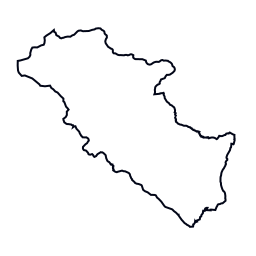 Beriu, Hunedoara, Romania (orthographic projection), rotated 176°
{"feature_id": "2599482B96575439888844", "entity_name": "Beriu", "entity_type": "district", "adm_level": 2, "iso_a3": "ROU", "parent_name": "Romania", "parent_adm1": "Hunedoara", "projection": "orthographic", "projection_center": [23.248, 45.738], "detail": "fine", "context": "isolated", "style": "outline", "palette": "ink", "viewbox_px": 256, "rotation_deg": 176, "n_neighbors": 0, "source": "geoboundaries", "source_scale": "gbopen_adm2", "svg_char_len": 5725}
<svg xmlns="http://www.w3.org/2000/svg" viewBox="0 0 256 256"><g transform="rotate(176 128 128)"><path d="M195.1,230.9L198.8,228.1L202.9,225.9L205.1,224.3L204.9,221.3L205.4,218.6L206.3,216.9L208.8,216.5L212.9,214.7L215.6,215.0L217.8,214.9L219.0,213.1L220.3,209.5L220.3,207.7L221.2,206.0L223.0,204.5L230.6,202.9L233.3,202.6L233.7,197.9L233.7,193.1L233.1,190.9L230.4,187.4L227.2,187.6L220.0,184.1L213.3,177.7L212.6,176.3L207.9,175.4L202.8,175.7L201.7,173.3L199.8,171.8L198.0,169.5L195.8,168.3L192.8,164.4L190.4,161.9L190.6,159.1L189.7,158.3L188.3,153.6L186.9,151.9L186.0,150.5L187.9,148.6L188.1,145.2L189.4,143.2L191.9,141.6L191.7,139.9L191.3,139.0L191.2,138.1L190.0,137.2L189.8,136.9L188.6,136.2L187.4,136.1L184.3,135.4L183.8,134.8L183.1,134.5L182.7,134.6L182.2,134.0L182.7,132.7L181.6,133.4L180.6,133.2L180.3,133.3L179.5,130.9L176.9,127.7L176.4,125.8L175.6,124.5L175.5,123.8L174.5,122.8L174.0,121.9L171.7,121.6L170.2,121.6L168.4,120.2L168.0,118.8L168.0,118.1L168.7,117.5L169.9,115.7L171.6,114.7L174.2,112.3L174.4,111.0L174.1,109.8L173.5,109.0L171.6,108.5L171.0,108.0L170.8,107.5L169.8,106.4L169.4,105.5L169.4,105.0L168.9,104.4L167.6,104.0L165.6,104.5L164.6,103.3L164.4,102.6L163.9,101.8L163.5,101.5L161.8,102.2L160.3,104.0L156.8,105.8L156.1,105.5L155.3,105.5L154.2,104.7L152.3,102.6L152.1,102.0L152.1,101.1L151.9,100.4L151.9,99.6L150.9,96.7L149.9,95.7L149.1,95.3L148.2,93.9L147.6,93.4L147.8,92.9L147.5,92.6L146.6,92.4L146.0,92.6L145.8,91.8L145.2,91.1L145.7,90.7L145.8,89.9L145.7,89.3L145.4,89.0L145.5,88.7L145.8,88.8L145.8,88.3L145.5,87.5L145.2,87.2L145.6,86.7L143.7,85.2L142.2,84.7L141.5,85.0L136.9,85.9L135.5,85.2L133.9,85.0L130.4,83.1L129.4,81.8L129.1,79.9L128.6,78.8L128.5,78.2L128.2,77.5L127.5,76.6L127.6,76.0L125.2,73.5L124.9,72.8L123.4,71.9L121.3,71.4L118.9,70.3L118.3,69.7L117.2,65.3L115.4,63.7L112.9,62.5L109.8,59.7L106.3,59.4L105.1,59.0L104.8,58.6L103.9,56.6L102.4,55.2L99.9,52.2L97.3,47.9L96.6,47.0L96.1,46.6L90.1,44.0L89.4,43.6L88.0,41.9L85.9,40.1L84.2,38.0L83.6,38.0L83.6,37.2L82.5,35.3L80.7,32.4L80.0,31.6L78.2,29.2L76.8,28.2L75.8,27.2L74.8,26.7L73.4,25.6L73.1,25.1L70.0,25.1L69.8,25.6L69.7,27.1L69.3,27.1L68.1,28.6L67.8,29.0L67.6,30.0L67.3,29.3L65.6,29.8L66.1,30.8L62.8,31.8L62.7,32.0L62.3,34.1L61.1,34.7L60.9,36.0L59.3,37.7L59.3,38.2L58.9,39.0L59.0,39.8L58.8,40.1L58.7,40.3L57.7,40.0L57.2,40.0L56.8,41.9L56.3,42.5L55.1,42.9L54.3,42.8L54.9,41.7L55.2,40.6L51.3,40.1L51.3,40.8L50.7,40.8L46.6,40.1L46.4,40.7L46.0,41.2L45.3,42.8L44.7,43.6L43.9,45.0L43.3,45.6L41.6,45.7L40.2,46.3L38.9,46.3L35.8,48.6L35.7,50.4L35.9,50.9L35.6,53.4L35.8,56.2L36.5,57.9L37.3,58.4L38.1,60.2L38.8,62.8L39.2,64.8L39.1,66.6L39.5,68.0L39.2,71.7L39.0,72.9L38.5,74.0L38.0,76.4L37.6,77.5L36.2,80.0L35.3,80.9L34.2,82.7L33.5,83.7L33.3,84.5L32.9,84.9L32.8,85.6L33.1,86.5L32.9,87.3L32.1,88.5L31.2,89.2L31.1,90.2L31.8,91.2L31.8,92.0L30.9,94.2L27.8,98.8L27.2,101.0L26.6,101.5L26.2,103.3L26.0,105.1L25.2,105.0L23.9,104.4L23.7,104.6L22.4,108.6L22.8,109.4L22.4,110.0L22.5,110.8L22.4,113.1L22.3,113.7L24.3,114.6L24.7,115.0L26.0,115.8L26.8,116.4L27.5,116.0L27.8,115.6L28.0,115.7L28.4,115.5L28.7,115.5L29.1,115.7L30.4,115.5L31.3,114.3L31.8,114.4L34.5,113.4L36.1,113.4L36.7,113.7L37.6,113.8L38.2,112.6L38.7,112.2L39.6,111.1L40.3,110.7L42.2,112.1L43.8,112.6L45.6,112.7L48.1,112.1L48.3,112.4L48.5,113.2L49.5,113.3L49.6,112.8L52.0,113.2L53.0,113.1L53.2,113.4L53.3,113.4L53.4,113.8L53.8,113.8L54.0,114.1L54.5,113.8L54.9,114.3L55.2,114.3L55.3,114.6L55.6,114.4L55.8,114.9L56.3,115.1L56.6,115.6L56.5,115.9L56.6,116.4L57.0,117.4L57.3,117.4L57.4,117.9L57.3,118.5L57.6,118.6L57.4,118.9L57.6,118.9L57.8,119.6L58.9,119.7L59.3,120.0L59.9,119.7L61.0,120.7L61.4,120.7L61.7,121.0L62.6,121.3L62.7,121.7L63.2,121.6L63.6,122.0L64.3,122.6L64.3,122.9L64.6,122.9L64.7,123.2L65.4,123.7L65.4,123.9L65.6,124.1L65.8,124.0L66.0,124.4L67.9,124.9L68.2,125.4L69.7,126.2L72.2,126.4L74.8,127.7L75.6,127.7L78.0,129.0L78.6,130.0L79.5,130.6L79.8,131.0L79.6,132.1L79.9,132.6L79.5,133.1L79.5,133.4L80.3,134.9L80.0,135.7L80.1,136.2L80.3,136.2L79.9,136.4L79.4,137.1L79.9,137.7L80.1,138.3L79.5,139.3L79.8,139.4L79.9,139.8L80.4,140.3L80.0,141.1L79.8,142.5L80.3,144.8L80.9,145.8L81.8,146.4L82.9,147.6L84.4,148.2L85.4,149.9L87.4,151.6L89.2,155.1L89.2,155.6L88.6,155.6L89.3,155.8L89.3,156.9L90.1,158.6L89.8,159.8L90.1,160.6L91.6,160.3L92.3,160.4L93.5,160.3L93.7,160.0L94.8,159.9L99.3,159.8L98.7,161.1L98.5,162.4L98.6,164.2L98.3,165.1L98.0,166.7L97.5,167.5L96.0,168.8L95.2,169.3L94.7,169.3L93.4,169.9L93.2,170.2L93.3,171.0L93.2,171.5L92.4,172.6L91.7,174.1L88.1,175.1L87.6,175.5L87.1,176.7L85.6,178.3L84.1,178.2L82.6,178.3L79.6,180.0L77.7,181.7L77.2,182.9L77.3,184.4L77.9,185.6L79.2,186.6L79.7,188.8L80.5,189.9L81.8,191.0L83.0,191.6L83.4,192.2L85.8,192.7L87.7,192.7L88.8,193.4L90.1,193.3L92.1,192.0L92.8,191.8L95.1,192.1L96.1,192.0L97.9,191.5L100.4,190.0L101.8,189.7L102.4,189.8L103.9,190.4L104.8,191.5L105.2,192.2L105.5,194.0L108.8,195.6L115.7,196.2L116.5,196.5L117.7,197.6L117.9,198.1L117.8,199.4L117.6,200.1L117.6,200.3L119.2,201.2L120.5,201.3L121.9,200.7L123.2,200.5L124.1,201.0L125.8,201.1L126.8,200.8L130.8,201.3L131.7,201.3L133.2,201.8L135.3,203.3L137.0,203.5L137.4,203.9L137.8,204.8L137.7,206.9L138.0,207.5L138.8,208.2L139.8,208.5L140.6,209.3L142.1,210.3L144.3,214.0L144.5,215.1L144.6,216.2L143.8,218.3L142.8,219.6L142.7,221.6L143.1,222.2L144.0,222.9L144.7,223.9L144.9,225.8L145.2,226.3L145.9,226.9L147.4,227.8L148.5,229.2L148.9,229.3L150.7,229.6L153.3,229.4L154.4,228.7L156.9,228.4L160.3,227.5L166.0,227.7L166.8,227.9L168.2,228.6L170.5,228.5L171.7,227.9L175.2,224.8L177.1,224.3L179.1,223.1L181.9,223.4L184.4,223.1L186.2,222.5L187.1,222.5L188.3,222.1L189.5,222.6L189.9,223.1L190.3,223.9L193.0,225.6L193.6,228.2L194.9,229.0L195.1,230.9Z" fill="none" stroke="#020617" stroke-width="2"/></g></svg>